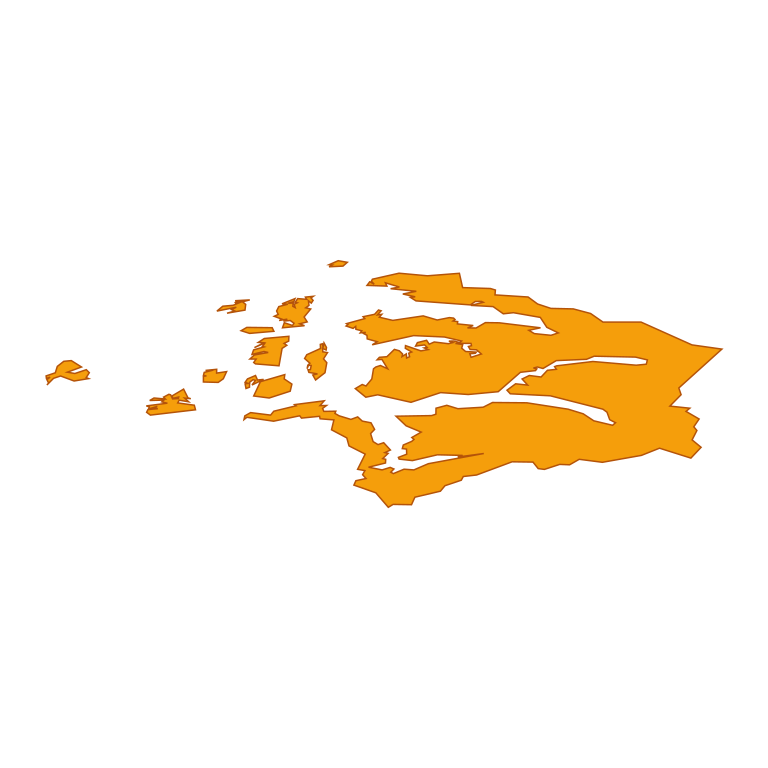 Rødøy nor, Nordland, Norway (Robinson projection)
{"feature_id": "86288312B63422016976384", "entity_name": "Rødøy nor", "entity_type": "district", "adm_level": 2, "iso_a3": "NOR", "parent_name": "Norway", "parent_adm1": "Nordland", "projection": "robinson", "projection_center": [13.227, 66.575], "detail": "fine", "context": "isolated", "style": "filled", "palette": "amber", "viewbox_px": 768, "rotation_deg": 0, "n_neighbors": 0, "source": "geoboundaries", "source_scale": "gbopen_adm2", "svg_char_len": 6122}
<svg xmlns="http://www.w3.org/2000/svg" viewBox="0 0 768 768"><path d="M459.4,273.3L427.4,275.8L399.0,273.2L372.4,279.2L371.4,281.2L374.2,284.2L369.7,281.8L367.0,285.4L386.9,286.1L385.4,282.8L399.4,287.0L390.6,288.7L416.3,291.3L402.8,294.0L415.2,296.8L410.4,297.4L416.0,300.9L470.4,304.9L475.2,301.5L481.5,301.4L483.3,302.3L470.9,305.4L493.1,306.6L503.3,313.8L513.4,312.7L540.3,317.4L546.8,327.3L558.3,332.9L551.0,335.3L534.3,333.6L528.8,330.3L540.5,327.8L499.2,322.8L485.4,322.6L476.1,328.0L467.5,327.9L473.2,325.5L457.4,323.9L457.7,321.6L453.0,321.0L455.0,319.5L453.6,318.1L449.4,317.6L437.2,320.0L423.2,315.9L392.8,320.4L379.3,317.2L381.8,314.3L377.4,314.9L381.1,310.8L378.5,310.0L374.6,314.3L363.1,316.7L364.8,318.6L346.6,323.6L348.0,324.4L346.1,326.0L353.1,328.4L355.7,326.4L355.9,329.3L361.8,330.8L360.2,332.9L365.7,332.3L363.7,333.6L367.0,335.3L367.2,338.9L377.2,341.7L372.2,344.8L413.6,335.6L444.4,337.0L461.6,341.0L458.8,343.3L471.0,343.4L471.5,345.7L468.4,346.5L470.1,349.5L476.5,349.8L481.4,354.0L471.1,357.3L469.8,353.8L475.3,353.3L476.3,352.1L465.6,351.5L461.7,348.2L462.7,344.6L456.4,343.6L458.3,342.2L453.7,341.0L448.9,341.1L452.8,342.6L448.4,343.7L434.2,342.0L429.2,344.2L426.6,340.3L417.4,342.6L415.6,346.1L424.6,344.9L427.1,347.4L424.2,347.9L428.1,349.6L420.9,350.9L405.5,345.6L405.3,348.3L411.7,352.0L408.7,353.2L409.6,356.7L406.6,358.0L406.3,353.9L402.0,356.6L402.6,354.0L399.3,350.8L394.4,349.4L386.9,356.7L379.4,357.3L377.1,359.8L381.9,359.4L387.7,368.8L380.4,365.5L375.8,367.0L373.5,368.8L371.8,379.0L366.0,386.0L362.2,384.5L355.3,388.6L365.8,397.2L377.7,394.8L411.0,402.3L440.6,392.6L468.2,394.5L498.2,391.7L520.4,372.3L535.5,370.6L536.8,368.9L533.4,368.0L537.4,367.0L543.0,368.5L556.3,360.6L586.5,359.3L594.2,356.2L635.5,357.1L647.4,359.9L646.3,364.2L636.2,365.2L592.9,361.5L556.8,365.8L554.6,366.6L556.4,369.3L547.4,370.3L541.1,377.0L529.3,375.5L522.1,379.0L527.7,385.1L515.6,383.8L507.0,390.2L510.3,393.8L550.3,395.8L602.9,409.2L607.0,412.2L609.7,419.7L615.5,422.7L612.6,425.3L593.8,420.8L583.2,413.8L568.2,409.2L526.8,402.8L492.5,402.5L483.2,407.2L457.9,408.7L446.8,405.3L436.0,408.2L435.9,414.2L431.6,415.6L396.0,416.2L406.1,425.8L421.2,432.1L411.8,437.5L414.0,439.4L411.7,441.4L403.3,445.0L402.3,448.6L406.5,449.1L406.7,454.2L398.4,457.4L399.1,459.1L412.4,460.6L437.4,454.8L462.7,455.4L457.7,457.0L483.8,453.5L428.3,463.7L413.9,469.9L404.0,469.2L393.4,473.6L390.8,472.2L393.9,469.0L390.2,467.4L382.1,469.9L368.5,467.2L385.5,463.0L385.7,459.3L382.7,458.6L388.1,453.4L384.9,452.6L390.4,450.0L383.7,442.7L378.0,444.6L373.1,441.6L370.6,433.6L374.6,429.4L371.0,422.8L362.3,421.1L357.7,416.9L350.9,419.4L339.1,415.8L334.9,413.4L335.8,411.2L323.8,411.4L322.6,408.4L326.5,405.5L320.0,405.6L324.2,400.8L294.6,404.6L296.1,405.8L273.8,411.2L270.6,415.1L250.6,412.6L244.8,415.9L244.0,419.6L246.9,417.3L273.6,421.2L299.7,415.8L301.5,418.1L319.6,416.3L320.1,418.8L333.9,419.9L331.5,429.8L346.8,437.9L349.0,445.9L365.2,454.1L357.6,469.3L364.9,470.6L362.6,474.7L366.0,478.5L355.9,480.7L353.9,485.1L375.8,492.8L388.3,507.3L393.1,504.4L411.5,504.7L414.9,497.2L440.4,491.2L445.0,485.7L461.3,480.2L463.3,476.5L476.6,475.0L512.1,461.8L533.0,462.1L538.2,468.6L544.4,469.4L559.7,464.4L569.6,464.8L579.2,459.3L602.4,462.3L641.4,455.4L659.5,448.2L690.9,458.1L701.1,447.3L692.1,439.9L696.9,430.5L693.8,426.8L699.1,419.0L686.0,411.4L689.8,408.2L669.9,406.1L681.1,394.7L678.8,388.0L721.9,349.1L692.0,344.9L641.1,322.1L603.0,322.1L590.6,313.5L573.3,308.9L550.9,308.4L537.6,304.0L528.1,297.0L495.0,294.9L495.4,290.0L490.4,288.5L462.6,287.6L459.4,273.3ZM313.3,296.3L305.4,297.1L306.6,299.3L297.7,298.6L295.2,302.3L297.2,302.8L294.1,304.2L295.2,307.6L292.8,306.3L293.2,303.1L288.1,303.2L293.8,301.6L295.0,298.6L282.0,303.8L287.9,304.2L278.8,306.6L276.6,311.0L278.2,314.4L274.2,316.3L282.6,319.4L279.1,320.5L287.3,319.1L283.5,321.1L290.2,320.5L294.0,323.2L292.5,325.5L284.3,322.7L282.5,327.8L304.5,325.7L299.7,323.8L307.2,321.9L304.1,317.0L310.7,309.0L305.7,307.8L309.0,305.4L308.4,300.8L311.3,303.1L313.1,300.4L311.0,297.9L313.3,296.3ZM288.9,336.3L264.3,338.5L258.3,342.4L263.9,342.8L254.4,347.6L265.2,342.8L262.4,346.4L264.1,346.9L253.6,349.9L252.0,354.4L264.0,351.5L268.2,352.5L254.3,355.0L249.9,359.0L256.1,359.1L253.7,362.5L255.5,363.9L279.0,365.8L282.1,348.4L286.8,345.3L284.0,343.4L288.7,341.1L288.9,336.3ZM195.5,409.8L194.3,405.2L177.7,402.9L179.2,400.2L188.7,401.8L184.6,398.1L190.8,398.7L188.0,397.9L183.6,389.1L172.1,395.9L172.9,398.3L178.7,397.0L178.4,398.6L172.6,398.9L170.6,394.8L168.9,394.3L163.6,397.1L165.4,399.0L154.0,398.0L149.7,400.5L163.8,400.1L161.8,401.9L167.4,403.2L146.3,405.9L149.3,406.9L148.6,408.9L157.3,406.4L154.0,408.1L157.8,408.7L147.9,409.6L146.6,412.3L150.4,415.1L195.5,409.8ZM284.8,374.6L260.4,381.7L253.7,396.0L269.2,398.0L290.2,391.2L291.9,384.1L284.2,378.9L284.8,374.6ZM88.6,378.6L86.2,377.6L89.3,372.7L86.3,369.7L74.9,373.5L67.3,372.2L81.5,367.0L71.3,360.6L63.8,361.3L57.3,366.4L55.3,372.8L46.1,375.9L46.4,378.3L50.1,377.2L46.9,379.6L48.6,383.1L46.9,385.0L53.6,378.3L60.6,376.0L74.1,381.0L88.6,378.6ZM324.0,342.9L323.1,347.7L322.3,343.8L320.3,344.4L320.5,348.5L306.8,354.7L304.6,358.5L309.9,363.2L307.8,365.2L307.1,368.7L308.5,365.3L311.2,365.5L310.4,369.6L308.0,369.8L308.9,372.4L317.5,373.9L312.8,375.0L315.6,380.0L325.0,372.7L326.8,362.7L323.5,358.9L327.5,352.6L322.8,351.8L322.6,348.4L326.1,350.0L326.5,347.5L324.0,342.9ZM216.7,369.3L205.5,370.4L213.3,370.1L204.2,372.4L203.4,375.6L206.5,375.9L203.4,376.3L203.4,382.0L218.2,382.4L223.3,378.8L226.6,371.6L216.6,373.1L216.7,369.3ZM249.8,299.9L235.2,300.7L238.0,302.0L235.3,302.6L235.7,303.2L240.7,301.2L242.3,301.5L233.1,305.3L222.8,306.2L216.9,311.1L236.3,307.2L231.6,309.6L234.8,311.0L227.0,313.2L245.0,310.1L245.7,304.4L242.5,301.8L249.8,299.9ZM272.2,327.7L246.8,327.4L241.1,330.7L249.6,333.4L273.9,331.3L272.2,327.7ZM255.5,375.5L247.5,378.9L245.1,382.3L248.1,383.4L245.1,383.9L246.0,388.5L249.5,387.2L249.6,382.3L253.0,379.7L255.5,380.4L252.0,385.0L263.6,379.4L257.5,380.0L255.5,375.5ZM338.2,260.7L329.1,264.7L332.3,265.0L329.1,266.8L343.0,266.1L347.3,262.3L338.2,260.7Z" fill="#f59e0b" stroke="#b45309" stroke-width="1.5"/></svg>